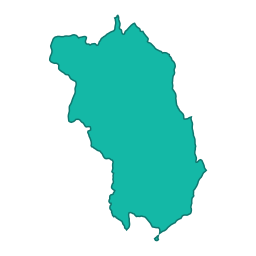 the district of Itinga, Minas Gerais, Brazil
{"feature_id": "56859067B30106528147122", "entity_name": "Itinga", "entity_type": "district", "adm_level": 2, "iso_a3": "BRA", "parent_name": "Brazil", "parent_adm1": "Minas Gerais", "projection": "equal_earth", "projection_center": [-41.85, -16.599], "detail": "fine", "context": "isolated", "style": "filled", "palette": "teal", "viewbox_px": 256, "rotation_deg": 0, "n_neighbors": 0, "source": "geoboundaries", "source_scale": "gbopen_adm2", "svg_char_len": 5768}
<svg xmlns="http://www.w3.org/2000/svg" viewBox="0 0 256 256"><path d="M159.6,233.4L160.8,232.6L162.0,231.7L163.1,231.1L164.4,230.7L165.9,229.7L166.8,228.8L167.7,227.6L168.6,226.8L169.6,226.0L170.5,225.2L171.5,224.5L174.1,223.1L175.1,222.7L176.1,221.2L177.6,219.8L178.8,219.3L179.7,218.7L180.8,218.5L181.6,217.2L182.4,215.8L183.7,215.2L184.8,215.0L186.5,215.1L187.7,215.0L188.6,214.4L189.6,214.0L190.5,213.4L191.1,212.1L191.4,210.3L191.3,208.8L190.8,207.3L191.0,206.0L191.4,204.4L191.8,203.3L191.7,201.8L191.8,199.7L192.1,198.1L192.9,197.1L193.8,195.9L193.4,194.3L193.6,192.2L193.5,190.5L194.6,189.3L196.5,186.3L197.3,184.6L197.9,183.0L198.3,181.3L199.0,179.9L200.0,178.4L201.2,177.2L202.1,175.6L202.8,173.9L203.7,172.6L205.2,171.4L206.3,170.3L205.2,169.0L204.4,167.6L204.1,165.8L203.4,163.9L202.6,162.1L201.9,160.5L200.7,159.7L199.6,160.0L198.7,160.7L197.4,162.1L196.2,162.3L195.8,161.2L196.2,159.6L196.4,158.0L195.9,156.5L194.8,153.6L194.8,152.3L194.9,151.0L195.3,149.5L195.3,147.8L195.7,146.3L195.0,143.6L195.0,141.8L194.9,139.4L194.5,138.0L193.4,135.3L193.4,133.9L193.1,132.4L192.8,130.6L192.4,129.3L192.2,127.8L192.3,125.9L192.5,124.2L192.3,122.8L191.7,121.3L191.2,119.8L191.0,118.3L191.3,117.0L190.3,117.3L189.2,117.7L188.2,118.4L187.3,118.8L184.8,119.1L183.9,118.8L183.6,115.4L183.0,114.0L180.7,111.6L179.6,110.6L178.8,109.0L178.0,107.9L177.6,106.6L176.7,105.3L176.2,101.9L176.0,99.8L175.7,98.0L176.0,96.9L175.9,95.5L175.5,93.7L174.6,92.1L174.0,91.1L173.3,90.1L172.4,88.9L172.6,87.3L172.8,85.8L172.5,83.9L172.3,82.5L172.6,81.1L172.6,79.6L172.8,77.9L173.1,76.1L173.7,75.1L174.3,74.0L174.6,72.7L174.3,71.3L174.1,69.7L175.2,66.8L175.1,65.1L174.7,63.6L174.0,62.2L173.2,61.2L172.1,60.4L171.3,58.1L170.4,56.8L169.4,56.0L169.3,54.5L168.3,54.1L167.2,53.3L166.0,52.8L164.9,52.7L163.5,52.7L162.6,53.0L161.0,51.4L159.6,51.0L158.6,50.4L157.4,49.9L156.2,49.2L155.1,48.3L154.3,47.1L153.3,46.0L150.7,43.4L149.6,42.9L148.4,42.5L147.4,41.6L147.9,40.2L148.2,38.9L147.5,37.6L146.3,36.4L145.5,35.3L144.8,34.5L144.1,33.6L143.5,32.6L142.9,31.4L141.7,31.5L140.4,31.2L139.9,29.2L139.1,28.3L138.0,27.7L137.1,27.0L136.1,26.0L135.4,24.7L134.6,23.3L133.3,23.7L132.3,24.5L131.3,25.2L130.5,26.1L129.6,27.0L128.5,28.2L127.4,29.5L126.4,30.5L125.4,31.2L124.9,32.3L124.5,33.8L123.6,34.3L122.5,33.9L121.7,32.4L121.6,30.8L121.1,29.7L120.2,29.3L119.5,28.5L119.4,27.1L119.9,25.4L120.0,23.5L119.5,22.0L119.1,20.7L118.6,19.5L118.7,17.9L118.4,16.3L117.8,15.4L117.0,16.0L116.8,17.3L115.8,17.5L114.7,18.0L115.3,19.2L115.4,20.5L115.7,21.9L115.7,23.7L115.3,25.5L115.0,27.2L114.9,28.8L114.4,30.1L113.6,30.9L111.0,31.9L110.1,32.4L109.1,33.0L108.0,33.7L107.1,34.1L106.3,34.9L105.2,35.9L103.8,36.7L102.8,37.5L101.9,38.1L101.2,38.8L100.4,40.5L99.3,41.8L98.8,43.5L97.9,45.1L96.9,45.4L96.0,44.6L95.3,43.8L94.3,43.6L93.2,43.8L91.8,44.0L91.0,44.6L90.0,45.0L88.8,44.1L87.6,44.1L86.5,43.9L85.6,42.6L85.4,41.2L85.8,39.9L86.3,38.6L86.4,37.3L85.4,36.6L84.4,36.5L83.2,36.7L81.6,37.1L80.0,37.4L78.6,37.9L77.4,36.5L76.4,35.5L75.3,35.1L74.1,34.8L72.9,34.9L72.0,35.2L71.1,35.7L69.0,36.2L67.4,36.1L66.1,36.0L64.7,36.2L63.4,36.7L61.4,36.7L60.4,36.6L59.2,36.4L57.7,36.4L56.6,36.8L55.4,37.0L54.4,37.6L53.1,39.2L52.5,41.1L51.8,42.7L51.3,44.3L50.7,46.0L51.1,47.9L51.7,49.3L52.0,51.0L51.8,52.8L51.2,54.5L50.5,55.9L50.1,57.2L49.8,58.5L49.7,60.0L50.7,61.6L52.1,62.4L53.5,63.0L54.7,63.3L55.9,63.2L57.3,63.6L58.1,64.3L58.8,65.2L58.7,66.8L58.7,68.8L59.7,70.0L61.9,71.7L63.0,72.3L63.9,72.9L64.7,73.7L65.7,74.5L67.1,74.7L68.2,74.8L69.0,75.6L69.8,77.2L70.7,78.7L72.1,79.6L73.4,80.4L74.4,80.8L75.6,81.5L76.1,82.7L76.2,84.2L76.0,85.6L75.5,87.0L75.1,88.3L75.1,89.8L75.3,91.3L75.1,92.9L74.7,94.1L74.0,95.5L73.4,97.0L72.8,98.4L72.4,99.5L72.0,100.7L71.4,102.6L70.5,104.4L69.7,105.6L69.3,106.9L69.3,108.8L69.4,111.1L68.9,113.1L68.4,115.0L68.3,116.5L68.6,119.4L68.8,121.0L69.6,121.7L71.2,122.3L72.6,121.9L73.8,121.4L75.0,120.4L75.9,119.4L77.1,119.3L78.4,119.3L79.4,119.6L80.3,120.4L81.1,121.5L82.0,122.3L83.2,123.0L84.1,124.3L84.8,125.5L85.4,126.4L86.2,126.9L87.5,126.7L89.2,126.6L90.3,126.9L90.7,128.6L90.6,130.0L89.4,130.6L88.0,131.2L87.8,132.6L88.4,133.7L88.8,134.8L89.2,136.4L90.1,138.3L90.7,140.0L91.2,141.8L91.4,144.0L91.1,145.5L91.6,146.7L92.8,147.0L94.2,148.2L95.5,148.9L96.5,149.7L97.6,150.4L98.7,150.8L99.7,150.9L100.5,151.8L101.3,152.8L102.1,153.6L102.7,154.8L103.3,156.2L104.3,157.7L105.3,158.5L106.7,158.7L108.1,158.4L109.5,158.5L111.3,159.9L112.4,160.2L113.2,162.0L112.7,163.9L112.6,165.4L112.7,166.7L112.9,168.2L112.5,170.0L111.9,171.7L112.6,172.6L113.6,173.2L113.0,175.7L113.2,177.6L112.9,179.3L113.4,181.4L113.2,183.0L112.4,184.0L112.0,185.2L111.6,186.5L111.6,187.8L112.5,188.9L113.5,189.8L114.8,190.5L114.3,191.8L113.6,192.7L113.1,194.1L112.0,194.6L111.0,194.8L109.9,195.9L109.7,197.4L109.8,198.8L109.1,200.2L109.0,201.7L110.0,203.1L111.1,203.3L111.1,204.6L110.2,205.9L109.9,207.2L110.0,208.8L111.0,210.0L111.7,211.2L111.6,212.5L112.2,213.7L112.6,215.4L113.9,216.8L114.8,216.3L115.7,216.8L116.3,217.8L117.4,218.4L118.5,219.3L119.6,219.8L120.7,220.6L121.8,221.2L122.5,222.6L122.9,224.0L123.7,225.0L124.5,226.1L124.7,227.9L125.8,228.8L126.6,229.9L127.4,228.9L128.3,228.1L129.0,227.1L129.4,225.8L129.6,224.1L129.4,222.4L129.2,220.7L129.2,218.7L128.8,217.1L128.7,215.8L128.6,214.6L128.9,213.0L130.1,212.5L131.2,212.7L132.1,213.1L133.0,213.6L134.1,213.9L135.2,215.4L136.4,216.5L137.8,216.3L138.9,216.4L139.9,216.5L140.8,216.1L141.9,216.1L143.0,216.5L144.7,216.8L146.2,218.1L148.1,220.4L149.1,221.6L150.0,222.6L150.7,223.7L151.4,225.2L152.4,226.9L154.6,227.3L155.9,227.6L157.2,227.7L158.3,227.6L159.4,228.6L159.8,229.9L159.9,231.5L159.6,233.4ZM158.4,239.5L157.8,237.9L158.3,235.7L157.4,236.1L156.7,237.0L155.7,237.7L154.6,238.7L155.5,240.3L156.8,240.6L157.7,240.3L158.4,239.5Z" fill="#14b8a6" stroke="#0f766e" stroke-width="1.5"/></svg>